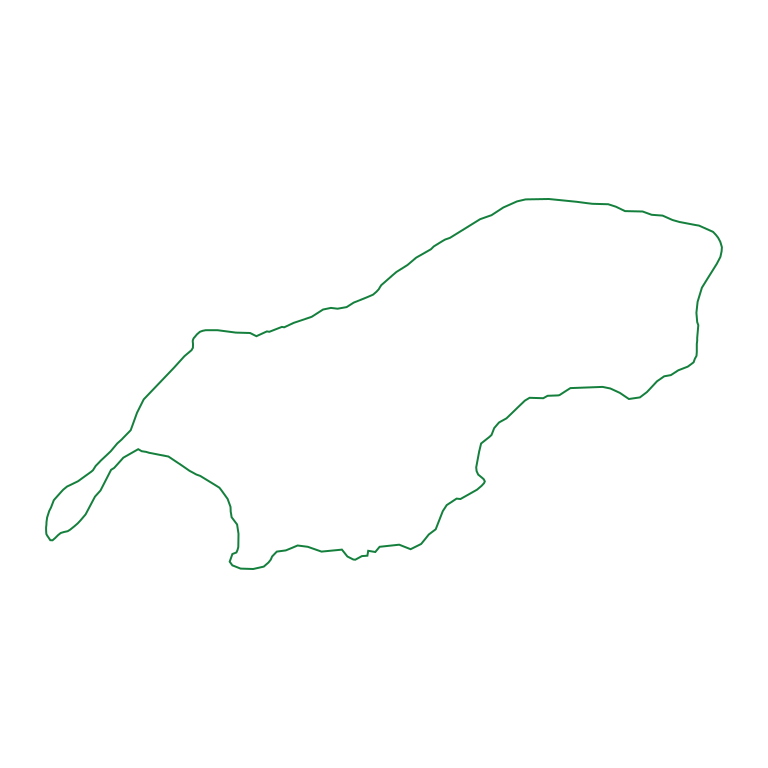 outline of Rota, Rota, Northern Mariana Islands
{"feature_id": "39175420B64217482742742", "entity_name": "Rota", "entity_type": "district", "adm_level": 2, "iso_a3": "MNP", "parent_name": "Northern Mariana Islands", "parent_adm1": "Rota", "projection": "mercator", "projection_center": [145.199, 14.155], "detail": "fine", "context": "isolated", "style": "outline", "palette": "green", "viewbox_px": 768, "rotation_deg": 0, "n_neighbors": 0, "source": "geoboundaries", "source_scale": "gbopen_adm2", "svg_char_len": 3338}
<svg xmlns="http://www.w3.org/2000/svg" viewBox="0 0 768 768"><path d="M46.1,527.2L46.1,529.9L46.2,532.2L46.4,534.2L47.4,535.9L48.7,537.8L49.7,539.3L50.3,540.2L52.5,540.3L55.1,538.1L58.1,535.1L60.7,533.0L64.0,532.0L67.7,531.2L70.1,529.7L74.1,526.5L77.7,523.4L80.5,520.4L85.6,514.4L95.0,496.6L99.6,491.5L100.5,490.5L111.1,469.8L114.2,467.9L121.2,460.1L123.3,457.7L138.2,449.2L141.7,451.2L144.9,451.7L145.8,451.8L149.2,452.8L167.2,456.3L168.4,456.5L182.9,466.2L189.5,470.8L193.8,473.1L194.1,473.3L196.3,474.5L200.2,475.9L215.1,485.0L219.4,487.7L221.2,490.0L227.6,498.9L230.5,506.8L230.6,508.8L230.7,511.7L231.1,513.8L231.6,517.2L237.1,524.5L238.5,533.8L238.3,547.0L237.5,550.0L236.4,552.5L232.4,554.0L229.7,561.7L232.4,565.4L232.5,565.4L240.6,568.6L253.2,569.0L256.3,568.3L263.8,566.6L264.7,565.8L268.5,562.5L270.8,559.6L272.1,556.5L276.8,551.6L285.8,550.4L291.7,548.0L297.6,545.5L307.8,546.8L321.5,551.6L341.2,549.7L341.9,549.6L347.4,556.5L353.3,559.5L355.3,559.7L361.9,556.1L367.4,555.7L368.2,550.8L375.3,552.0L379.6,546.8L398.2,544.8L399.2,544.7L410.6,549.2L419.3,544.9L419.7,544.7L421.2,543.9L425.2,539.0L428.7,534.6L428.9,534.4L435.7,529.3L442.8,511.1L445.3,507.3L446.7,505.1L456.6,498.6L459.2,498.9L460.5,499.0L477.0,489.7L481.6,485.8L484.0,483.2L484.8,481.4L483.8,479.3L481.9,477.6L478.2,474.6L476.6,471.1L476.2,467.4L479.3,450.8L479.4,450.6L481.1,443.5L485.5,440.0L488.7,437.5L489.2,437.1L491.5,435.0L494.2,428.1L496.5,425.4L499.0,422.5L501.3,421.2L506.4,418.4L511.0,414.0L517.8,407.4L524.9,400.6L529.6,397.8L542.8,398.2L543.3,398.2L547.6,395.8L558.2,395.4L559.5,395.1L565.5,391.2L570.4,388.1L602.6,386.9L610.4,388.5L619.9,392.9L628.9,399.0L639.9,397.4L646.9,392.1L649.0,389.9L657.1,381.2L658.3,380.4L664.2,376.3L670.9,375.1L678.3,370.3L682.7,368.6L687.6,366.7L687.8,366.6L690.3,364.8L693.6,362.3L694.8,358.9L696.5,355.8L696.8,352.0L696.8,348.9L696.8,343.9L697.2,340.7L697.2,337.9L698.3,325.2L697.2,322.1L696.4,312.8L697.6,301.8L701.9,287.7L707.1,279.3L716.8,263.8L720.4,256.9L721.6,251.3L721.9,247.2L720.7,243.1L720.2,241.6L718.1,237.7L716.0,235.0L713.1,231.9L699.0,225.6L694.8,224.9L680.2,222.1L679.9,222.1L672.5,220.0L662.6,215.6L651.7,214.8L642.6,211.5L625.0,211.1L615.9,206.7L608.1,204.2L606.8,204.2L592.4,203.8L586.6,203.1L576.7,201.8L562.8,200.4L548.8,199.0L525.6,199.4L517.0,201.4L503.3,207.5L491.5,215.2L488.0,216.4L480.1,219.2L449.9,237.9L445.2,239.5L442.4,241.1L433.8,246.4L431.0,249.2L416.1,257.7L407.5,265.0L396.5,271.9L392.5,275.3L386.6,280.5L381.2,285.2L380.4,286.5L380.1,286.9L378.8,289.2L376.5,291.7L373.0,294.7L366.7,297.4L353.7,302.6L352.3,303.5L346.6,307.1L337.6,308.7L330.9,307.9L323.7,309.4L323.1,309.5L311.7,316.8L293.6,322.9L284.2,327.3L281.9,326.9L269.3,331.8L266.9,331.4L256.4,336.2L250.1,333.0L235.9,332.6L217.5,330.2L205.7,330.2L202.7,330.8L199.9,331.8L196.9,334.4L194.6,337.2L193.9,337.9L193.2,339.2L192.7,341.0L192.9,342.9L193.0,344.0L193.0,345.3L192.9,347.7L192.9,347.8L191.5,350.2L184.5,356.1L173.9,367.8L143.7,399.4L137.0,412.8L133.4,422.8L130.7,430.2L123.3,437.8L121.7,439.5L117.2,443.5L110.7,451.3L105.2,456.5L100.8,460.6L99.7,461.8L95.7,465.9L93.0,470.2L91.5,471.5L88.2,473.9L83.6,477.2L78.1,481.2L69.9,485.2L67.1,486.5L63.2,489.7L60.9,492.2L55.0,498.8L53.8,500.2L51.0,507.5L49.2,511.0L47.1,517.6L46.9,519.2L46.5,522.0L46.4,524.8L46.1,527.2Z" fill="none" stroke="#15803d" stroke-width="2"/></svg>